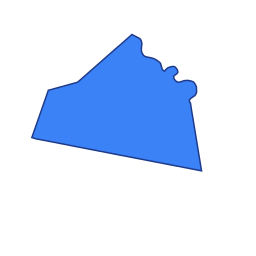 São Bernardo, Maranhão, Brazil (Mercator projection), rotated 230°
{"feature_id": "56859067B43626889758943", "entity_name": "São Bernardo", "entity_type": "district", "adm_level": 2, "iso_a3": "BRA", "parent_name": "Brazil", "parent_adm1": "Maranhão", "projection": "mercator", "projection_center": [-42.405, -3.29], "detail": "fine", "context": "isolated", "style": "filled", "palette": "blue", "viewbox_px": 256, "rotation_deg": 230, "n_neighbors": 0, "source": "geoboundaries", "source_scale": "gbopen_adm2", "svg_char_len": 1112}
<svg xmlns="http://www.w3.org/2000/svg" viewBox="0 0 256 256"><g transform="rotate(230 128 128)"><path d="M182.5,48.2L178.9,50.5L154.2,70.6L148.2,75.4L113.4,103.6L96.2,117.6L84.7,126.9L83.5,127.9L69.1,139.6L68.0,140.5L47.9,156.8L66.0,167.5L78.6,175.0L81.0,176.4L93.4,183.8L99.6,187.4L104.0,190.1L107.0,191.9L108.5,192.0L110.1,193.1L110.3,195.1L109.9,200.0L110.2,201.5L111.3,203.5L115.6,206.9L118.3,207.6L120.1,207.8L121.6,207.6L123.5,206.5L125.9,204.6L127.9,201.9L128.7,200.2L129.8,197.4L130.7,196.0L132.4,195.0L134.4,194.8L136.0,194.9L137.5,195.7L138.4,196.5L138.2,200.6L138.7,202.1L140.7,203.2L144.0,203.4L145.8,202.6L147.3,200.4L148.5,197.3L148.5,195.0L148.1,192.6L149.6,191.9L151.4,192.2L153.8,193.2L156.1,194.3L157.4,194.5L160.0,194.0L162.4,193.3L164.5,192.4L166.7,191.0L170.9,187.6L172.3,186.9L173.5,186.6L176.2,186.9L177.6,187.4L179.0,188.3L180.5,189.5L183.6,192.8L184.6,193.4L186.5,194.3L187.9,194.5L189.0,194.5L197.1,191.1L196.7,176.5L196.7,173.3L196.3,155.0L196.2,151.0L195.5,121.2L195.5,118.7L208.1,91.2L200.1,77.8L197.6,73.6L182.5,48.2Z" fill="#3b82f6" stroke="#1e3a8a" stroke-width="1.5"/></g></svg>